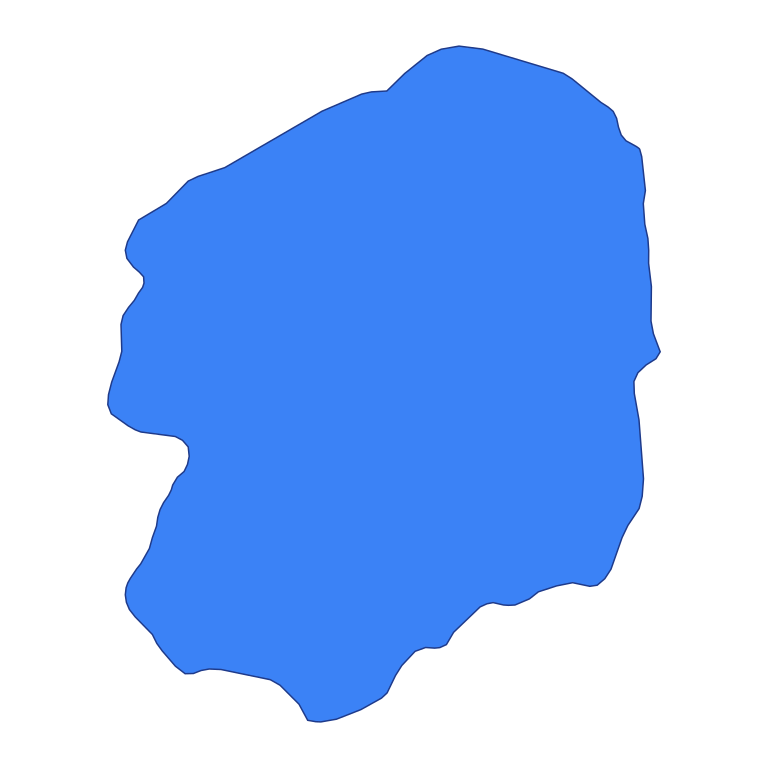 outline of Tochigi
{"feature_id": "JPN-1859", "entity_name": "Tochigi", "entity_type": "Prefecture", "adm_level": 1, "iso_a3": "JPN", "parent_name": "Japan", "parent_adm1": "", "projection": "mercator", "projection_center": [139.743, 36.672], "detail": "fine", "context": "isolated", "style": "filled", "palette": "blue", "viewbox_px": 768, "rotation_deg": 0, "n_neighbors": 0, "source": "natural_earth", "source_scale": "10m", "svg_char_len": 1778}
<svg xmlns="http://www.w3.org/2000/svg" viewBox="0 0 768 768"><path d="M185.1,673.7L175.4,666.2L162.3,651.0L156.8,643.4L152.4,634.5L135.2,616.9L129.4,609.5L126.4,602.3L125.3,594.8L126.1,587.8L127.8,582.9L130.3,578.4L136.6,569.0L140.7,563.9L149.4,548.5L152.4,537.6L156.5,526.2L157.8,517.3L160.1,509.5L163.6,502.6L168.6,495.4L171.3,489.9L172.7,485.0L177.4,477.2L184.1,471.5L187.5,464.4L189.2,456.3L188.2,446.9L182.5,440.3L175.3,436.5L140.9,432.0L135.2,429.8L128.1,425.8L111.3,413.8L107.8,404.7L108.5,394.6L111.7,382.1L119.1,361.8L121.8,351.3L121.0,324.5L123.1,315.6L128.6,307.3L134.3,300.4L138.5,293.1L142.6,287.4L144.0,283.1L143.6,276.8L139.3,272.1L133.5,267.1L126.9,258.4L125.3,250.2L127.5,241.8L138.6,220.0L166.4,203.4L188.2,181.1L198.1,176.4L224.8,167.6L322.0,111.2L361.6,94.1L371.4,91.9L386.8,91.0L404.7,73.5L427.1,55.5L441.2,49.2L459.0,46.1L482.8,49.1L563.3,73.3L572.1,78.9L600.9,102.4L608.2,107.1L613.2,111.4L616.6,118.3L618.5,127.2L621.2,135.0L626.0,140.8L636.5,146.6L638.6,148.1L639.4,148.8L639.8,149.6L641.7,156.6L645.4,190.5L643.3,203.6L644.8,224.2L647.9,238.5L648.7,250.4L648.6,263.3L651.4,286.6L651.0,321.1L653.4,333.7L660.2,351.8L656.0,358.7L646.2,364.9L637.9,372.7L633.9,381.5L634.3,393.5L639.0,419.9L643.5,478.8L642.2,496.3L639.1,508.6L627.9,525.4L622.1,537.5L611.0,569.2L604.8,578.7L597.2,585.2L589.8,586.3L572.6,582.7L556.6,585.9L538.4,591.8L529.4,598.9L515.0,605.0L508.5,605.3L503.6,605.0L493.1,602.6L486.9,603.8L480.1,606.9L453.6,632.3L446.4,644.6L439.8,647.6L434.7,648.1L425.6,647.5L415.1,651.3L401.8,665.5L395.5,675.5L387.1,692.9L381.5,698.1L360.9,709.6L336.4,719.2L320.9,721.9L315.8,721.7L307.7,720.3L299.0,704.2L280.0,685.2L270.3,679.7L221.0,669.5L209.2,669.0L201.1,670.5L193.4,673.5L185.1,673.7Z" fill="#3b82f6" stroke="#1e3a8a" stroke-width="1.5"/></svg>